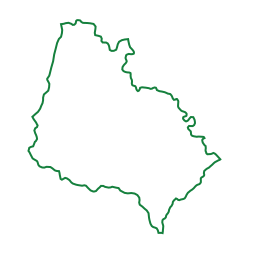 Baranovichy, Brest, Belarus, rotated 279°
{"feature_id": "67162791B97838850570601", "entity_name": "Baranovichy", "entity_type": "district", "adm_level": 2, "iso_a3": "BLR", "parent_name": "Belarus", "parent_adm1": "Brest", "projection": "orthographic", "projection_center": [25.916, 53.118], "detail": "fine", "context": "isolated", "style": "outline", "palette": "green", "viewbox_px": 256, "rotation_deg": 279, "n_neighbors": 0, "source": "geoboundaries", "source_scale": "gbopen_adm2", "svg_char_len": 4371}
<svg xmlns="http://www.w3.org/2000/svg" viewBox="0 0 256 256"><g transform="rotate(279 128 128)"><path d="M135.6,38.7L133.3,38.2L129.9,36.6L127.1,34.2L124.1,31.8L121.9,33.5L119.1,36.3L117.4,37.5L116.5,38.3L114.7,38.0L113.2,36.4L110.9,35.9L108.3,37.2L106.7,38.3L104.8,39.3L102.9,39.9L100.6,39.0L99.8,38.2L97.3,37.7L95.1,37.2L94.1,35.0L93.0,33.6L89.8,33.3L88.5,34.6L86.6,35.9L83.1,38.5L82.6,39.5L81.2,43.1L80.2,44.0L77.6,45.2L76.3,46.6L75.6,49.4L75.8,51.5L76.9,53.6L77.1,55.5L77.3,57.5L76.3,59.7L75.1,61.7L74.6,62.7L74.4,64.5L74.6,66.6L72.8,67.4L70.9,68.0L67.2,69.4L66.6,70.8L68.9,73.7L68.7,75.5L67.4,78.3L65.4,80.5L64.5,82.2L63.9,85.6L63.8,87.6L63.8,88.2L63.8,91.7L64.6,93.9L64.4,95.6L63.0,97.3L62.1,98.5L60.5,100.8L59.9,103.3L59.9,104.3L60.7,106.2L63.6,108.1L64.8,109.2L66.6,110.4L66.9,112.7L66.3,114.4L66.2,115.8L66.1,118.2L66.6,120.1L67.5,121.6L67.2,125.9L67.2,128.1L65.0,130.2L63.4,134.8L63.4,138.0L64.3,141.5L64.3,144.8L63.2,147.8L61.0,150.0L58.6,150.7L56.1,150.7L54.1,151.6L52.6,154.5L50.9,157.0L49.5,159.4L47.1,161.6L42.7,162.8L40.7,163.5L37.1,165.1L34.9,166.8L34.1,168.4L33.8,170.4L33.4,172.0L31.6,173.5L29.2,174.5L29.7,177.5L29.6,178.6L31.2,178.6L33.3,178.4L34.0,178.4L36.5,178.2L37.4,177.9L38.8,177.2L40.2,176.6L42.3,176.5L43.5,177.2L44.3,178.4L45.6,179.3L47.5,179.4L48.8,179.9L49.8,180.6L51.6,181.3L53.7,181.4L56.3,182.1L57.7,183.1L59.9,183.9L62.0,183.9L63.7,184.7L64.5,185.4L65.9,186.4L65.5,187.8L64.8,188.8L64.8,190.1L65.5,191.1L66.0,192.4L66.6,193.9L67.4,195.0L69.2,195.8L71.1,196.3L73.4,197.3L74.5,198.3L75.8,199.4L77.0,200.8L78.7,202.3L80.8,203.6L82.2,204.7L83.0,205.9L83.8,207.4L85.5,208.4L87.0,208.3L88.2,208.0L89.7,207.8L90.6,208.3L91.7,209.7L92.9,210.6L94.2,210.5L95.2,210.0L97.4,210.0L99.2,211.4L100.4,212.6L101.5,214.1L103.0,215.3L105.0,217.0L106.8,218.3L108.1,219.5L108.7,220.4L110.1,222.2L111.0,223.7L111.5,224.1L114.3,220.6L115.7,218.8L116.4,217.5L116.7,216.2L115.7,214.8L115.2,213.7L114.5,210.5L115.2,209.4L116.2,209.0L117.5,208.2L119.0,208.0L120.1,208.0L122.3,207.5L123.0,206.3L124.0,205.3L125.3,204.1L127.2,203.3L128.2,203.3L129.2,204.0L130.0,205.1L131.0,204.2L131.0,203.3L130.8,201.1L130.7,200.2L130.5,198.5L130.1,197.5L130.1,195.9L130.1,194.8L130.2,193.6L130.3,192.7L131.1,191.6L131.5,191.3L132.3,191.1L133.6,190.8L134.5,190.5L135.1,189.6L136.6,187.6L138.0,187.0L139.6,188.0L139.7,189.5L140.0,191.6L141.3,192.9L143.3,193.4L144.6,193.1L146.4,192.5L148.9,190.8L148.7,188.4L147.1,187.3L146.1,186.8L145.2,186.3L144.4,185.7L143.6,184.3L143.8,183.7L144.3,182.5L145.0,181.8L145.7,181.0L146.5,180.8L147.5,181.0L148.2,182.1L148.4,182.5L148.8,183.4L149.3,183.8L150.2,183.8L151.1,183.7L151.7,183.2L152.5,182.1L152.9,180.4L153.1,178.9L153.5,177.8L154.6,176.4L156.1,174.6L157.4,174.0L160.3,173.7L161.8,173.6L162.9,173.2L163.4,172.6L164.2,172.0L164.2,171.1L163.6,170.6L163.0,169.0L164.2,167.6L165.8,166.7L166.9,165.9L168.1,164.5L168.2,163.3L168.2,161.9L168.6,160.7L169.1,158.6L169.3,155.7L169.3,153.2L170.0,150.6L171.1,150.0L172.1,149.3L172.2,148.0L171.4,146.4L170.6,145.5L170.2,144.1L170.6,142.4L170.6,139.2L170.4,135.5L169.6,133.7L168.0,133.5L166.5,132.8L166.0,132.0L166.7,130.9L168.0,130.0L169.2,129.6L170.4,128.7L170.6,127.5L170.7,126.4L171.2,125.4L172.6,124.8L174.5,124.7L176.0,124.3L177.9,123.0L179.9,122.4L181.7,122.2L182.7,121.8L183.0,120.5L182.8,118.6L182.9,116.8L183.2,115.5L183.7,114.4L184.9,113.2L187.3,113.1L189.2,113.9L190.2,114.5L191.5,115.5L192.3,115.9L193.4,116.3L194.2,116.1L195.9,115.0L196.8,114.6L199.6,114.8L200.5,115.7L201.3,117.2L201.3,118.4L201.4,119.8L201.8,121.2L202.4,122.1L203.4,122.1L204.4,121.7L205.5,120.7L207.0,118.9L208.0,117.5L210.4,116.2L213.9,114.8L215.8,114.2L214.9,110.9L213.8,108.2L211.8,105.7L209.1,104.8L205.8,104.5L203.5,104.1L202.0,101.9L201.6,99.6L202.3,97.8L205.4,96.7L206.7,96.1L208.3,94.8L209.0,93.0L208.5,89.6L209.9,88.1L212.1,88.1L214.0,86.9L214.4,84.5L214.6,81.1L216.7,80.3L220.9,80.3L223.2,80.1L225.4,77.7L225.5,74.3L225.3,71.1L224.8,67.1L225.4,65.4L226.7,64.0L226.8,62.6L226.6,60.9L225.8,60.1L223.1,59.9L221.6,58.8L221.2,57.3L222.0,55.8L222.6,52.8L221.8,50.1L220.9,48.3L220.1,45.6L214.5,47.7L211.3,47.9L207.6,47.6L205.1,45.8L200.9,44.7L195.2,44.2L189.2,43.6L182.2,43.6L175.8,42.8L168.7,42.2L167.2,42.0L164.0,40.5L163.0,40.7L160.8,42.4L159.3,43.4L155.9,43.7L152.4,43.4L150.2,41.6L148.0,39.7L144.8,39.4L142.1,39.8L139.2,39.7L136.5,38.9L135.6,38.7Z" fill="none" stroke="#15803d" stroke-width="2"/></g></svg>